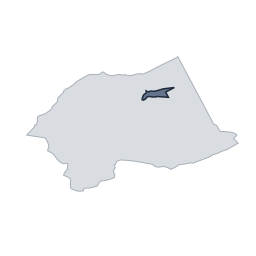 Buikwe highlighted on a map of Uganda, rotated 242°
{"feature_id": "UGA-5597", "entity_name": "Buikwe", "entity_type": "District", "adm_level": 1, "iso_a3": "UGA", "parent_name": "Uganda", "parent_adm1": "", "projection": "equal_earth", "projection_center": [33.033, 0.062], "detail": "fine", "context": "in_parent", "style": "filled", "palette": "slate", "viewbox_px": 256, "rotation_deg": 242, "n_neighbors": 0, "source": "natural_earth", "source_scale": "10m", "svg_char_len": 2605}
<svg xmlns="http://www.w3.org/2000/svg" viewBox="0 0 256 256"><g transform="rotate(242 128 128)"><path d="M167.5,205.5L164.9,205.5L160.6,205.5L156.3,205.5L152.0,205.5L147.7,205.5L143.4,205.5L139.1,205.5L134.8,205.5L130.5,205.5L126.2,205.5L121.9,205.5L117.6,205.5L113.3,205.5L109.0,205.5L104.7,205.5L100.4,205.5L96.1,205.5L93.5,205.5L93.0,205.4L92.7,205.2L91.0,205.7L89.4,207.1L87.6,207.7L85.7,207.4L85.4,207.6L84.4,207.6L83.0,207.5L81.8,207.8L80.8,209.1L79.8,211.2L78.1,213.7L76.7,215.9L75.5,217.4L72.8,220.0L71.4,220.7L70.7,220.6L70.2,220.1L69.4,216.9L68.8,216.3L63.6,218.0L62.8,218.1L62.9,217.0L62.5,209.4L62.5,204.7L63.1,201.7L63.5,198.3L63.6,195.3L64.5,190.3L64.2,187.2L65.4,176.5L65.8,174.8L66.2,169.6L67.0,168.0L67.7,167.4L68.6,164.2L70.3,159.1L71.5,156.5L71.2,150.8L71.4,147.0L71.7,146.1L74.2,144.7L77.5,141.1L78.9,136.9L80.8,134.2L84.6,132.4L95.9,117.9L101.1,110.1L103.4,106.1L103.5,104.7L103.9,102.8L103.0,101.4L101.9,100.0L101.6,98.8L100.6,98.2L99.3,98.2L98.4,97.3L97.4,95.6L96.4,94.5L93.2,94.6L90.7,92.8L90.8,90.3L91.7,85.5L93.6,80.0L93.7,78.5L93.4,77.2L93.0,76.1L92.1,75.0L91.3,73.7L92.0,69.7L93.1,65.8L94.1,63.9L95.0,61.7L94.8,59.9L93.4,59.0L94.1,57.3L95.6,54.4L98.5,51.4L101.0,49.4L102.7,49.4L106.0,51.0L108.9,52.8L110.5,52.9L112.5,52.2L116.6,48.9L117.6,49.9L118.8,51.9L120.1,55.2L122.7,56.7L123.9,57.8L124.8,58.1L125.3,57.8L126.2,55.2L127.4,53.8L129.6,52.0L134.4,50.6L137.9,50.2L139.3,49.8L141.8,49.0L145.6,46.3L149.4,49.8L153.5,50.4L157.5,50.4L158.7,49.4L159.4,48.6L163.6,42.9L169.3,35.3L173.0,46.1L174.3,46.7L174.2,47.6L173.8,48.5L176.3,51.1L179.3,52.5L180.4,53.8L180.5,55.3L179.5,61.6L179.7,63.4L180.7,69.7L182.5,71.1L184.1,77.5L187.3,80.2L187.8,80.9L188.6,84.0L189.6,87.4L190.3,88.2L190.8,88.4L191.8,92.0L191.2,94.0L192.0,100.1L193.2,105.6L193.5,112.1L193.5,115.0L193.5,116.7L193.2,119.2L192.6,120.7L191.6,122.1L190.5,124.3L189.5,126.6L188.8,127.8L189.3,131.3L189.2,132.2L188.9,132.7L187.5,133.2L185.6,134.2L184.4,135.1L182.8,136.9L181.5,138.8L179.8,144.5L176.9,149.0L176.5,150.4L173.8,153.1L172.6,156.3L171.8,160.3L170.8,163.2L168.5,167.1L168.0,173.4L168.0,185.8L167.4,199.9L167.5,205.5Z" fill="#d9dde1" stroke="#a8b0b8" stroke-width="1"/><path d="M146.4,153.7L146.8,154.2L148.1,155.1L149.5,156.7L150.0,157.6L150.2,158.8L150.1,160.0L150.9,160.8L152.3,161.4L151.1,162.2L150.3,163.1L150.2,164.2L149.9,165.6L148.9,166.9L147.6,169.8L146.0,177.6L142.0,187.9L142.0,178.1L136.1,178.1L140.2,171.6L142.3,168.2L142.3,167.1L143.0,166.1L143.7,164.4L145.1,162.6L146.2,161.1L146.4,159.3L145.7,158.0L145.3,156.2L145.4,154.6L146.4,153.7Z" fill="#64748b" stroke="#1e293b" stroke-width="1.5"/></g></svg>